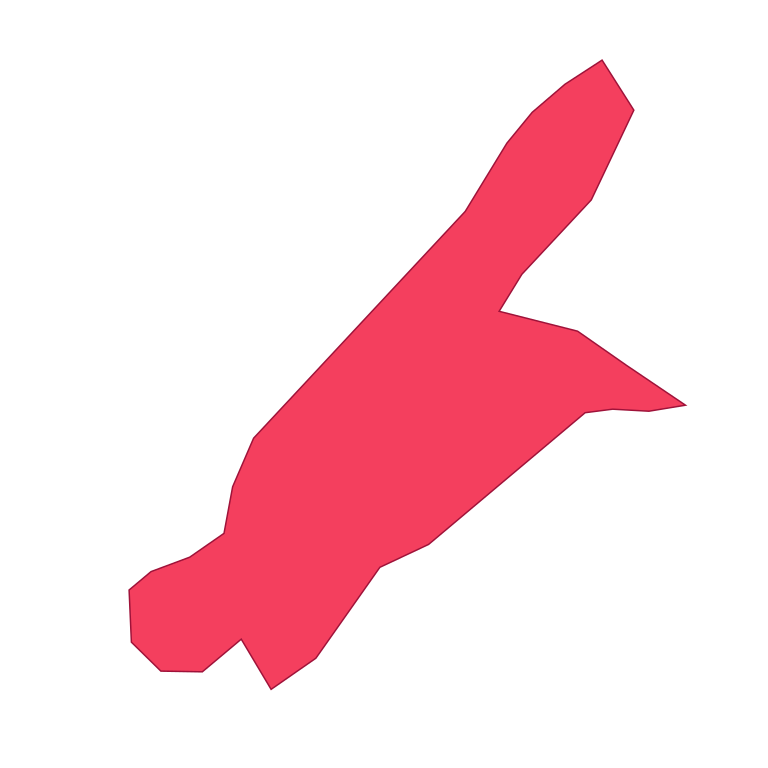 the Region of Western Tobago, rotated 350°
{"feature_id": "TTO-5090", "entity_name": "Western Tobago", "entity_type": "Region", "adm_level": 1, "iso_a3": "TTO", "parent_name": "Trinidad and Tobago", "parent_adm1": "", "projection": "natural_earth1", "projection_center": [-60.737, 11.226], "detail": "fine", "context": "isolated", "style": "filled", "palette": "rose", "viewbox_px": 768, "rotation_deg": 350, "n_neighbors": 0, "source": "natural_earth", "source_scale": "10m", "svg_char_len": 529}
<svg xmlns="http://www.w3.org/2000/svg" viewBox="0 0 768 768"><g transform="rotate(350 384 384)"><path d="M677.2,457.2L640.2,456.8L604.8,448.5L577.1,447.2L400.1,549.7L348.1,563.8L269.3,642.2L219.8,665.1L199.1,610.5L155.1,635.9L114.4,628.0L90.4,594.4L97.2,542.6L122.0,528.3L162.6,520.8L200.5,503.3L217.1,458.9L246.2,414.7L494.0,228.1L546.9,168.1L577.1,142.2L614.3,120.2L655.0,102.9L677.6,157.7L620.1,238.7L538.8,299.9L510.0,332.4L583.8,365.6L626.2,407.9L677.2,457.2Z" fill="#f43f5e" stroke="#9f1239" stroke-width="1.5"/></g></svg>